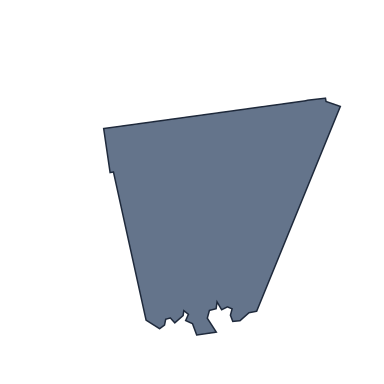 the district of Lampasas, Texas, United States of America, rotated 293°
{"feature_id": "52423323B89118572661224", "entity_name": "Lampasas", "entity_type": "district", "adm_level": 2, "iso_a3": "USA", "parent_name": "United States of America", "parent_adm1": "Texas", "projection": "albers", "projection_center": [-98.387, 31.247], "detail": "fine", "context": "isolated", "style": "filled", "palette": "slate", "viewbox_px": 384, "rotation_deg": 293, "n_neighbors": 0, "source": "geoboundaries", "source_scale": "gbopen_adm2", "svg_char_len": 558}
<svg xmlns="http://www.w3.org/2000/svg" viewBox="0 0 384 384"><g transform="rotate(293 192 192)"><path d="M177.9,109.0L179.7,111.9L56.1,199.8L53.5,215.6L58.8,218.7L64.6,217.5L67.6,221.3L64.8,227.3L74.8,232.1L79.6,230.8L78.0,236.5L71.2,236.4L71.0,243.9L62.2,252.2L72.5,269.1L81.8,255.4L89.8,254.3L94.0,259.8L100.6,258.0L95.2,265.3L100.1,269.5L100.1,274.6L93.6,275.5L88.8,280.1L92.3,286.5L103.1,291.6L107.5,298.1L328.7,295.1L327.7,280.0L330.5,278.2L321.8,262.8L320.1,260.5L215.9,85.9L177.9,109.0Z" fill="#64748b" stroke="#1e293b" stroke-width="1.5"/></g></svg>